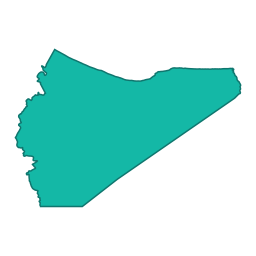 the district of Limon, Colón, Honduras
{"feature_id": "27666195B22880782572265", "entity_name": "Limon", "entity_type": "district", "adm_level": 2, "iso_a3": "HND", "parent_name": "Honduras", "parent_adm1": "Colón", "projection": "natural_earth1", "projection_center": [-85.558, 15.789], "detail": "fine", "context": "isolated", "style": "filled", "palette": "teal", "viewbox_px": 256, "rotation_deg": 0, "n_neighbors": 0, "source": "geoboundaries", "source_scale": "gbopen_adm2", "svg_char_len": 5313}
<svg xmlns="http://www.w3.org/2000/svg" viewBox="0 0 256 256"><path d="M232.6,68.4L232.1,68.5L230.8,68.4L229.3,68.5L228.1,68.7L223.6,68.7L220.6,69.0L219.3,68.9L218.9,69.0L214.9,68.9L213.5,69.0L212.5,68.9L211.2,69.1L209.8,69.2L207.9,69.0L207.0,69.1L205.1,69.0L204.0,69.1L203.5,69.1L202.8,69.0L201.6,69.1L199.2,68.9L198.4,69.0L196.6,69.0L193.7,68.9L188.5,68.6L186.2,68.4L185.2,68.2L184.8,68.2L184.1,68.4L183.2,68.4L181.4,68.0L180.3,68.0L179.5,67.9L178.8,68.0L176.7,68.1L174.3,67.9L173.2,68.0L172.7,68.1L170.8,68.9L169.6,69.9L168.6,70.3L166.6,70.7L165.9,70.9L165.0,71.0L162.6,71.4L160.7,71.5L159.6,71.7L158.5,71.7L157.7,72.0L157.4,72.2L157.2,72.5L157.0,72.8L156.3,73.1L155.7,73.3L155.2,73.7L155.1,74.1L155.2,74.9L154.7,75.6L154.3,75.9L153.5,76.1L152.8,76.7L151.8,77.4L150.5,78.5L150.2,78.8L149.7,78.9L149.0,79.1L146.1,79.6L144.8,80.0L144.0,80.3L142.7,80.5L141.0,81.0L139.8,81.1L137.9,81.0L136.9,81.1L134.1,80.9L132.7,80.6L131.9,80.5L131.3,80.4L130.1,80.5L127.7,80.2L126.1,80.0L124.3,79.5L122.0,78.5L120.1,77.8L119.4,77.7L118.8,77.4L117.4,77.0L116.3,76.8L114.9,76.4L113.5,75.7L110.3,74.5L107.9,73.7L104.0,71.7L101.4,70.5L100.6,70.4L99.0,70.2L96.8,69.5L94.2,68.4L89.6,66.8L86.2,65.2L83.5,64.1L75.9,60.6L72.9,59.4L70.2,58.1L69.0,57.6L65.8,55.7L59.7,52.3L56.7,50.7L54.7,49.5L46.3,64.6L46.3,65.1L46.2,65.7L45.9,66.1L45.7,66.7L45.3,67.2L45.0,67.5L44.7,67.5L44.1,67.2L43.2,66.5L42.4,66.1L41.9,65.9L41.8,66.0L41.7,66.1L41.7,66.3L41.8,66.6L41.9,66.8L42.4,67.2L42.7,67.9L42.9,68.3L43.1,69.7L43.3,70.2L43.6,70.5L44.2,70.9L45.7,72.3L46.2,72.6L46.4,72.8L46.5,73.2L46.4,73.8L46.3,74.2L46.1,74.6L45.8,75.0L45.4,75.3L45.1,75.4L44.8,75.3L44.5,75.0L44.2,73.9L44.0,73.3L43.7,72.9L43.5,72.6L43.0,72.3L42.5,72.1L41.8,72.0L41.2,72.0L40.4,72.3L38.7,73.7L37.5,75.6L37.3,76.2L37.2,76.6L37.3,76.9L37.4,77.2L37.6,77.5L39.0,78.5L39.2,78.8L39.1,79.1L38.7,79.7L38.4,80.0L37.9,80.4L37.5,80.7L37.4,81.0L37.4,81.3L37.6,81.4L37.8,81.5L39.0,81.8L39.8,82.1L40.3,82.4L40.5,82.6L40.6,82.8L40.6,83.0L40.4,83.7L45.4,93.2L45.1,93.4L44.8,93.6L43.8,95.0L43.4,95.1L43.0,95.2L41.6,94.7L41.0,94.5L39.1,94.5L39.0,94.4L38.9,94.1L38.9,93.2L38.5,92.5L38.3,92.5L38.2,92.6L38.1,92.8L38.0,94.5L37.9,95.3L37.6,95.3L37.0,95.1L36.3,95.3L35.9,95.2L35.6,94.9L35.2,95.0L34.6,95.8L32.9,97.0L32.2,97.7L32.1,97.8L32.0,99.6L31.9,99.7L31.6,99.9L31.3,100.4L31.1,100.4L30.8,100.3L29.2,99.2L28.3,98.9L28.0,99.0L27.8,99.1L27.4,99.7L27.2,99.7L27.0,99.8L26.8,100.0L26.4,100.4L26.1,101.1L26.2,101.3L26.3,101.5L26.5,102.0L26.8,103.1L26.7,103.4L26.5,103.9L26.4,104.3L27.1,105.6L27.1,105.9L27.1,106.4L26.3,106.7L26.0,106.9L25.8,107.3L25.5,107.8L25.3,108.2L24.7,108.7L24.1,109.5L23.2,111.2L23.1,111.3L22.6,111.5L22.3,111.7L21.5,113.3L21.1,113.8L20.8,114.0L20.5,113.8L20.3,113.9L20.0,114.3L19.0,115.1L18.8,115.4L18.7,116.2L18.7,116.9L19.9,118.8L20.3,119.7L20.3,120.1L20.3,120.5L20.5,121.2L20.7,121.6L21.2,122.3L21.2,122.5L21.1,122.8L20.1,123.2L19.8,123.5L19.1,124.0L18.8,124.4L18.7,124.9L18.8,125.4L19.9,126.3L20.2,126.6L20.4,126.9L20.6,127.6L20.6,128.0L20.5,128.4L20.4,128.7L20.0,129.2L19.6,130.1L18.8,131.5L17.8,133.0L16.9,134.8L16.3,136.4L15.6,137.2L15.4,137.6L15.5,137.9L16.1,138.5L16.4,139.1L17.5,141.7L17.5,142.1L16.9,144.7L16.9,145.1L17.0,145.6L17.1,146.0L17.4,146.4L18.0,147.1L18.4,147.5L19.6,147.6L21.1,148.0L22.2,147.6L22.5,147.6L22.7,148.0L22.6,149.0L22.6,149.3L22.7,149.5L22.9,149.8L23.2,150.1L23.8,150.5L24.1,150.8L24.3,151.0L24.5,151.3L24.4,151.8L24.1,152.4L23.9,152.6L23.3,153.1L23.1,153.4L23.1,153.5L23.8,154.1L23.8,154.3L23.6,154.6L23.5,155.3L23.6,155.6L23.8,155.9L24.3,156.2L24.6,156.2L25.2,156.0L26.0,155.6L26.6,155.5L28.6,156.0L31.2,156.1L32.2,156.3L32.6,156.5L33.1,156.8L33.4,157.1L33.5,157.4L33.5,158.0L33.1,160.0L33.3,160.4L33.6,160.6L34.8,160.8L36.1,160.8L36.7,160.7L37.1,160.8L37.3,161.0L37.1,161.4L36.6,161.7L35.1,162.8L33.8,163.6L32.6,164.2L32.4,164.4L32.5,164.6L33.3,165.3L34.4,166.8L35.3,167.5L35.4,167.8L35.4,168.1L35.4,168.3L35.2,168.5L33.2,169.5L31.9,170.2L31.3,170.7L31.0,170.9L30.2,171.0L29.3,170.9L28.8,171.1L28.6,171.3L28.5,171.6L28.3,172.5L28.0,172.7L27.2,172.8L26.9,172.9L26.6,173.2L26.5,173.6L26.4,173.8L26.7,174.6L26.9,174.8L27.2,174.8L28.4,174.5L28.8,174.5L29.0,174.6L29.1,177.3L29.4,180.2L29.3,180.8L29.5,181.1L29.8,181.5L30.0,181.7L30.6,183.9L31.3,186.1L31.7,186.8L32.6,188.4L33.1,188.8L34.6,189.8L36.0,190.3L37.6,190.6L37.9,190.8L37.9,191.0L37.5,192.6L37.4,193.4L37.5,193.5L38.2,194.4L38.5,195.2L38.5,195.6L38.4,196.0L38.1,196.7L38.2,197.0L38.3,197.2L38.6,197.3L39.7,197.7L39.9,197.9L40.0,198.2L40.0,198.4L39.8,198.8L39.9,199.2L40.3,200.2L40.3,200.4L39.4,201.0L39.2,201.2L39.2,201.4L39.3,201.7L40.0,202.5L40.2,202.8L40.2,203.1L40.0,204.2L40.0,204.7L40.1,205.5L40.6,206.3L40.6,206.5L82.3,206.5L117.4,179.2L234.6,98.2L238.0,94.8L238.5,94.2L239.6,93.7L240.1,93.5L240.3,93.1L240.4,92.4L240.2,91.9L239.9,91.1L239.8,90.5L239.9,90.1L240.5,89.2L240.5,88.7L240.5,88.3L240.0,86.7L240.2,86.3L240.5,85.9L240.6,85.6L240.6,85.3L240.6,84.9L240.2,84.0L239.5,82.9L239.3,82.1L238.5,81.5L238.2,81.1L237.8,80.8L237.5,80.4L237.1,79.7L237.0,79.4L236.9,77.9L236.4,76.8L235.9,76.2L235.6,76.0L235.3,75.9L235.1,75.6L234.2,73.2L233.8,72.9L233.4,72.7L233.2,72.2L233.1,71.8L233.5,71.3L233.6,71.1L233.3,70.7L232.4,70.2L232.4,69.9L232.5,69.8L233.0,69.7L233.5,69.6L233.7,69.3L233.5,69.1L233.3,68.9L232.7,68.7L232.6,68.4Z" fill="#14b8a6" stroke="#0f766e" stroke-width="1.5"/></svg>